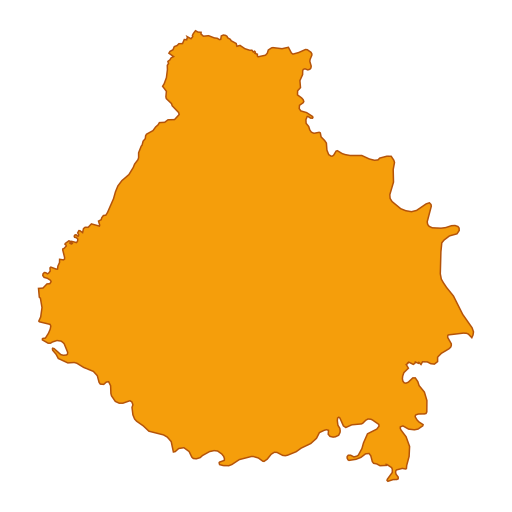 Soc Son, Ha Noi, Vietnam
{"feature_id": "81297802B86407395704878", "entity_name": "Soc Son", "entity_type": "district", "adm_level": 2, "iso_a3": "VNM", "parent_name": "Vietnam", "parent_adm1": "Ha Noi", "projection": "orthographic", "projection_center": [105.824, 21.281], "detail": "fine", "context": "isolated", "style": "filled", "palette": "amber", "viewbox_px": 512, "rotation_deg": 0, "n_neighbors": 0, "source": "geoboundaries", "source_scale": "gbopen_adm2", "svg_char_len": 5942}
<svg xmlns="http://www.w3.org/2000/svg" viewBox="0 0 512 512"><path d="M409.1,456.4L409.6,446.5L406.1,436.8L400.9,429.9L400.2,428.2L400.3,426.9L402.9,425.9L408.6,429.1L414.4,429.8L418.0,429.1L422.8,425.8L423.1,424.6L419.0,422.0L417.0,419.9L415.2,416.8L415.3,415.7L416.0,414.8L418.5,414.0L424.5,413.9L426.0,413.5L426.8,411.9L426.9,400.5L424.4,392.1L419.1,385.6L417.8,381.6L415.3,377.9L412.8,377.9L408.3,382.2L405.9,383.2L404.2,382.8L402.9,381.2L402.4,378.7L402.7,376.0L403.9,372.6L408.4,368.2L406.2,364.5L407.9,363.4L407.7,362.9L408.7,362.1L413.3,364.4L414.9,363.3L415.3,362.0L418.4,363.3L418.9,362.4L421.0,364.5L422.5,361.8L427.3,361.9L430.8,363.7L434.4,364.1L437.6,361.6L437.6,357.4L438.1,356.6L441.4,353.3L449.1,348.7L450.7,347.1L451.3,345.5L451.3,343.8L447.7,337.5L447.7,335.7L448.3,334.9L463.4,333.1L466.6,333.3L468.4,334.1L471.8,337.7L473.0,335.0L473.5,331.9L472.1,327.8L462.7,314.4L453.5,296.1L446.5,287.4L443.3,282.6L441.3,279.1L440.3,273.8L440.9,251.8L441.8,242.8L444.1,240.0L449.5,235.9L457.0,233.8L459.2,230.5L459.1,228.1L457.9,226.5L455.0,225.5L451.5,225.7L445.7,227.6L441.0,228.2L432.3,227.8L429.2,226.4L427.7,224.5L427.2,221.8L431.3,206.2L431.0,204.5L429.4,202.8L426.1,203.9L416.6,210.4L411.5,211.7L405.7,210.7L400.7,208.7L392.0,201.5L390.1,198.4L389.8,194.7L393.5,182.1L393.2,169.5L394.5,162.5L393.8,160.2L391.2,156.3L386.9,156.2L379.7,158.1L378.0,159.9L374.6,160.3L369.4,159.0L361.8,155.5L350.1,155.5L345.2,154.6L342.2,153.6L337.4,150.7L336.1,151.1L333.7,155.1L332.4,156.1L331.2,156.2L328.7,154.6L326.9,150.1L326.4,143.1L324.7,140.6L321.1,136.9L320.3,132.9L319.2,132.3L314.0,133.3L311.4,132.2L309.8,130.0L308.7,126.5L306.1,123.3L305.9,119.7L307.2,116.5L307.9,116.4L310.5,118.1L312.5,118.2L312.9,117.5L312.6,116.5L306.6,112.6L300.8,110.9L299.2,108.6L299.5,105.3L303.2,102.7L303.8,101.5L303.1,99.6L301.6,97.9L297.5,94.9L297.6,90.8L300.5,87.6L299.9,80.6L302.6,74.6L302.7,70.6L303.3,69.4L305.0,68.8L307.8,69.9L309.8,69.3L310.9,68.0L311.2,66.1L309.8,61.3L310.1,59.3L311.8,55.3L311.9,54.0L311.0,52.3L307.3,49.7L305.5,49.5L298.5,52.6L292.9,54.1L291.4,53.0L288.4,47.3L282.0,48.7L272.9,47.6L271.5,47.9L268.3,50.0L267.3,53.2L265.5,55.2L258.1,56.8L257.4,56.1L257.4,54.2L255.0,53.4L255.4,52.2L254.6,51.2L253.3,52.0L251.9,50.2L249.8,50.3L244.9,48.7L240.0,45.4L236.9,46.3L236.2,43.5L231.1,40.7L230.4,39.4L227.7,37.8L227.0,36.3L225.6,35.4L223.4,35.0L221.3,35.9L220.7,39.4L219.3,39.6L217.3,38.3L214.3,37.9L208.6,35.7L203.4,36.2L201.0,34.0L201.1,32.3L198.0,32.1L195.5,30.7L193.3,33.6L192.4,35.5L192.7,36.7L191.0,38.7L187.1,36.6L187.6,37.8L187.0,38.3L186.7,39.8L184.3,39.5L182.5,43.6L178.9,43.7L177.1,45.5L174.3,46.6L173.0,49.7L170.0,51.4L168.9,53.2L173.6,56.6L171.1,57.9L169.9,59.9L167.9,61.4L168.5,63.5L167.3,65.3L167.4,69.8L166.4,77.7L164.2,83.7L162.6,86.3L166.4,91.3L165.9,96.8L166.3,98.6L171.5,103.6L172.2,105.8L178.6,112.5L179.2,114.5L174.5,119.6L168.0,119.8L164.7,122.3L159.4,122.6L158.1,124.8L155.6,127.0L153.0,130.6L146.5,134.2L145.6,135.8L145.3,138.6L143.1,141.2L142.1,145.1L141.2,146.2L138.6,152.8L138.6,157.6L138.0,159.6L134.6,164.1L133.3,167.4L128.9,174.6L121.9,180.6L117.9,185.9L115.5,191.7L113.5,198.8L107.5,212.5L105.8,215.2L103.4,215.5L101.7,217.8L101.2,219.7L98.5,221.1L99.7,225.1L99.4,226.1L91.4,223.9L88.2,227.3L85.1,227.3L83.5,228.6L82.6,232.6L79.9,230.7L78.9,230.6L77.7,232.8L78.7,234.9L78.3,236.1L77.6,236.1L76.0,234.7L74.9,235.0L74.2,236.1L74.6,237.3L76.4,237.7L77.8,239.1L77.6,241.0L76.5,242.6L71.8,241.4L71.7,242.5L72.3,243.5L71.3,244.0L69.8,243.1L70.8,241.5L68.9,240.8L65.2,243.5L65.0,244.4L66.1,245.2L66.2,246.1L64.0,248.5L63.0,248.7L62.7,249.8L64.6,257.5L64.5,259.2L63.4,259.9L59.6,259.3L59.5,262.6L57.9,266.1L57.5,269.1L56.2,269.1L50.8,267.1L50.0,267.9L50.2,271.1L48.6,273.2L47.4,273.8L45.8,272.7L44.3,272.5L43.0,273.9L42.8,275.6L44.1,277.4L47.4,278.3L50.5,280.3L51.1,281.7L49.8,283.7L47.0,283.9L42.9,288.1L38.5,288.4L39.3,297.2L40.4,298.2L42.0,307.6L40.7,316.9L38.8,321.1L39.4,321.8L50.1,324.4L50.8,326.1L50.2,329.2L48.5,333.2L45.4,338.1L42.9,338.4L42.4,338.8L42.4,339.9L48.1,343.2L50.5,343.2L52.4,342.0L57.0,340.5L61.1,341.1L62.7,342.3L64.1,343.6L67.7,352.4L67.4,354.3L66.4,355.0L63.4,355.3L60.8,354.6L54.1,348.6L52.7,348.2L52.4,348.8L52.7,350.3L56.1,354.3L58.3,358.5L67.8,362.9L74.2,362.5L76.8,363.2L83.6,367.4L93.4,371.4L97.3,375.7L99.1,382.4L100.3,384.1L103.7,384.4L106.3,382.1L108.6,381.7L110.6,385.7L110.9,393.5L111.5,395.8L115.3,401.4L119.2,403.2L122.9,403.2L130.0,400.7L131.9,402.0L132.9,404.8L132.0,407.4L132.9,414.8L134.6,419.0L136.6,421.2L143.3,425.9L148.9,431.2L163.5,434.9L167.3,437.1L171.2,441.6L173.4,452.0L175.2,451.6L178.7,448.5L183.9,447.7L189.1,451.5L191.8,457.1L193.3,458.5L196.3,458.8L200.2,457.6L202.5,455.5L209.5,451.6L214.1,450.6L217.6,451.0L221.8,454.0L223.7,456.4L224.4,458.5L224.3,460.4L219.5,462.1L219.1,462.8L219.6,464.6L223.4,465.6L228.8,465.7L231.9,464.5L239.3,459.6L251.3,456.5L253.4,456.5L258.4,458.0L262.8,461.2L264.0,461.4L267.2,459.2L271.2,454.2L274.3,452.3L277.0,452.4L282.7,455.4L285.3,455.7L287.6,455.2L296.2,451.7L301.2,448.1L310.8,443.5L316.5,438.3L319.4,432.6L324.0,430.4L326.4,429.7L328.5,430.3L328.2,434.2L330.0,436.4L333.1,437.1L335.4,436.8L338.6,435.3L340.0,432.5L340.2,430.9L339.8,428.3L337.9,425.2L337.3,420.6L337.6,418.0L338.8,417.2L339.9,418.0L343.4,425.9L345.8,427.5L351.8,424.8L361.5,423.9L362.8,423.2L365.8,420.2L368.0,419.0L370.8,419.2L372.5,420.0L378.8,424.4L379.0,426.2L376.8,429.1L367.5,433.8L363.5,442.9L361.9,448.6L358.3,455.2L356.9,456.1L353.9,456.9L350.6,455.2L348.3,455.2L347.2,456.5L347.1,458.0L348.0,459.8L349.0,460.4L356.0,459.3L360.9,457.4L365.6,453.8L369.1,453.5L370.8,455.8L372.3,461.6L373.6,463.3L376.7,463.9L380.0,465.7L386.4,465.4L386.2,464.4L387.0,464.5L391.6,467.6L392.3,469.3L392.3,472.4L387.3,479.3L387.0,480.4L387.9,481.3L393.1,479.6L396.8,479.5L398.2,478.8L398.2,477.1L396.1,474.3L395.6,472.5L395.8,470.7L396.5,469.9L402.3,468.4L405.6,469.0L406.4,468.6L406.7,465.4L409.1,456.4Z" fill="#f59e0b" stroke="#b45309" stroke-width="1.5"/></svg>